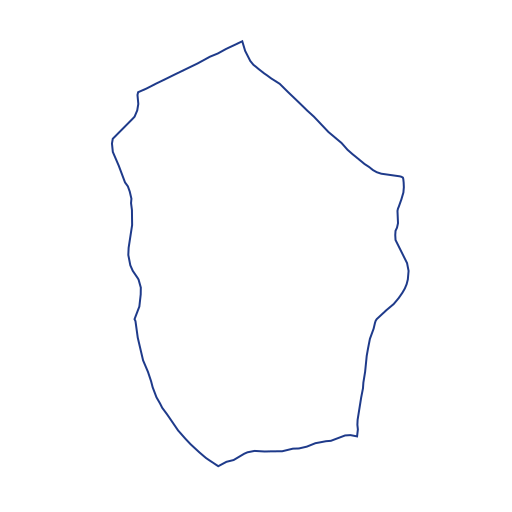 Zacualpa, Quiché, Guatemala, rotated 275°
{"feature_id": "79465075B97254104766130", "entity_name": "Zacualpa", "entity_type": "district", "adm_level": 2, "iso_a3": "GTM", "parent_name": "Guatemala", "parent_adm1": "Quiché", "projection": "albers", "projection_center": [-90.884, 15.093], "detail": "fine", "context": "isolated", "style": "outline", "palette": "blue", "viewbox_px": 512, "rotation_deg": 275, "n_neighbors": 0, "source": "geoboundaries", "source_scale": "gbopen_adm2", "svg_char_len": 1804}
<svg xmlns="http://www.w3.org/2000/svg" viewBox="0 0 512 512"><g transform="rotate(275 256 256)"><path d="M182.5,140.5L180.6,141.6L164.4,145.3L142.2,152.6L131.1,158.5L122.1,162.4L116.2,164.5L106.5,169.2L100.8,173.2L96.6,175.8L90.4,181.3L75.4,193.6L67.7,201.7L62.8,207.2L55.6,216.5L52.3,221.1L50.4,223.8L48.7,226.8L43.3,236.7L48.4,244.5L50.8,251.5L58.0,261.5L59.7,264.6L61.7,271.5L62.0,281.8L62.6,287.0L63.8,299.2L67.3,309.6L68.0,315.5L70.5,323.2L74.7,331.5L75.7,335.2L77.6,341.9L78.4,346.7L85.0,360.4L85.8,365.7L85.1,372.4L92.1,372.6L96.7,371.7L101.7,371.5L124.1,373.1L133.5,374.1L139.3,374.0L150.2,374.8L166.3,375.0L174.0,375.7L183.4,376.7L193.8,379.5L200.0,380.4L202.0,380.9L203.7,381.8L213.5,390.7L220.2,397.4L226.5,401.8L232.1,405.0L236.6,407.1L241.0,408.5L245.9,409.3L250.7,409.3L254.4,409.3L262.1,407.1L284.1,393.6L289.0,392.9L293.3,392.8L296.5,394.0L301.1,394.6L313.3,393.0L315.6,393.3L317.4,393.9L325.1,395.9L332.1,397.3L337.3,397.3L342.0,396.7L345.6,396.0L346.9,395.5L347.6,393.9L347.9,392.3L348.9,373.6L350.0,369.0L351.8,365.0L354.6,360.8L357.1,356.1L364.1,345.9L365.9,343.2L367.9,340.5L369.8,337.9L376.0,331.4L385.8,317.4L399.9,301.5L405.2,294.5L411.6,286.7L422.2,273.5L429.6,264.6L434.2,255.7L436.9,251.3L438.7,248.1L441.7,243.5L443.1,241.4L444.4,239.6L446.2,236.8L449.8,233.3L459.4,227.3L468.7,223.6L459.7,208.2L454.4,200.3L450.5,192.7L442.7,181.0L437.1,171.6L429.1,158.2L425.2,151.8L419.0,141.4L413.2,132.2L408.9,124.3L406.1,123.9L397.2,125.5L390.7,125.0L384.2,122.9L382.4,121.5L360.3,103.1L355.5,102.7L347.2,104.3L333.8,111.5L317.9,119.1L314.2,122.3L309.2,124.6L302.2,126.9L297.8,126.9L291.0,128.4L276.0,129.9L253.1,128.4L245.9,128.7L235.8,131.6L230.5,134.5L223.4,140.3L222.2,141.1L214.5,144.0L207.6,144.5L195.5,144.2L182.5,140.5Z" fill="none" stroke="#1e3a8a" stroke-width="2"/></g></svg>